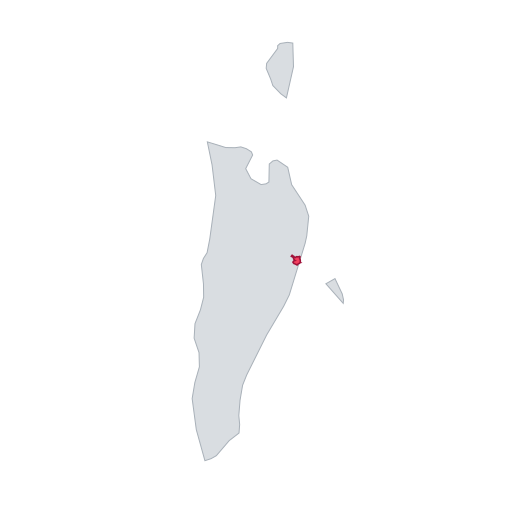 Dom Aleixo, Dili, East Timor (highlighted), rotated 120°
{"feature_id": "22284137B34351426942246", "entity_name": "Dom Aleixo", "entity_type": "district", "adm_level": 2, "iso_a3": "TLS", "parent_name": "East Timor", "parent_adm1": "Dili", "projection": "natural_earth1", "projection_center": [125.529, -8.576], "detail": "fine", "context": "in_parent", "style": "filled", "palette": "rose", "viewbox_px": 512, "rotation_deg": 120, "n_neighbors": 0, "source": "geoboundaries", "source_scale": "gbopen_adm2", "svg_char_len": 3081}
<svg xmlns="http://www.w3.org/2000/svg" viewBox="0 0 512 512"><g transform="rotate(120 256 256)"><path d="M181.5,355.2L177.2,336.4L172.7,328.3L169.1,323.7L167.9,318.0L168.1,312.1L170.2,309.4L185.5,308.6L191.6,299.0L191.6,287.3L188.5,283.4L185.5,281.8L169.7,290.5L165.2,288.9L162.4,285.7L163.3,272.9L176.4,260.8L187.4,238.9L195.2,230.2L213.2,222.1L220.5,219.8L273.1,207.7L285.7,206.9L319.0,207.3L363.6,204.6L374.6,203.0L388.9,197.7L402.8,191.1L410.1,185.9L417.8,182.2L429.3,186.9L448.7,190.5L454.0,193.6L458.8,197.9L436.2,220.9L411.4,240.0L396.1,245.7L380.3,249.6L368.2,257.0L358.1,268.5L345.1,275.0L330.4,277.2L317.9,280.7L306.5,287.5L290.7,299.1L284.4,300.3L277.6,300.0L264.5,304.5L223.8,321.1L199.2,339.5L181.5,355.2ZM53.2,330.6L73.3,318.2L103.9,308.7L103.1,315.7L100.0,326.6L95.4,331.8L88.4,341.0L83.8,343.1L65.4,341.0L63.0,342.4L59.9,341.4L55.2,335.5L53.2,330.6ZM253.4,156.8L245.1,181.6L236.1,176.3L245.7,162.4L250.3,158.2L253.4,156.8Z" fill="#d9dde1" stroke="#a8b0b8" stroke-width="1"/><path d="M238.7,225.3L238.7,225.2L238.6,224.8L238.6,224.3L238.6,224.1L238.6,223.9L238.6,223.7L238.6,223.4L238.6,223.2L238.8,222.9L238.9,222.7L239.0,222.6L239.3,222.4L239.4,222.2L239.5,221.9L239.6,222.0L239.8,221.9L239.9,221.6L239.9,221.4L240.0,221.2L240.1,220.9L240.2,220.7L240.3,220.5L240.3,220.4L240.4,220.1L240.4,219.9L240.5,220.0L240.7,220.3L240.7,220.5L240.8,220.6L241.0,220.7L241.4,220.8L241.7,220.9L242.0,220.8L242.3,220.9L242.5,220.9L242.6,221.0L242.8,221.0L243.0,220.9L243.1,220.7L243.2,220.4L243.2,220.2L243.3,219.9L243.4,219.7L243.5,219.7L243.6,219.4L243.5,219.2L243.4,219.1L243.4,218.8L243.4,218.7L243.4,218.4L243.4,218.2L243.4,217.9L243.3,217.4L243.2,217.1L243.2,216.8L243.2,216.7L243.3,216.7L243.3,216.4L243.3,216.0L243.3,215.9L243.2,215.8L242.9,215.8L242.6,215.8L242.5,215.7L242.4,215.7L242.2,215.7L241.9,215.5L241.7,215.5L241.6,215.4L241.4,215.3L241.3,215.2L241.2,215.2L240.9,215.0L240.9,214.9L240.7,214.8L240.6,214.7L240.4,214.7L240.2,214.6L239.9,214.5L239.8,214.4L239.6,214.3L239.5,214.2L239.5,214.3L239.4,214.3L239.3,214.5L239.2,214.6L239.0,214.8L238.9,214.8L238.7,214.8L238.4,214.9L238.3,215.0L238.1,215.1L237.9,215.3L237.7,215.4L237.6,215.5L237.4,215.6L237.2,215.8L237.1,216.0L236.9,216.1L236.9,216.3L236.7,216.4L236.7,216.5L236.5,216.8L236.4,216.8L236.3,217.0L236.2,217.0L235.9,217.2L235.7,217.2L235.4,217.2L235.2,217.1L235.1,216.9L235.1,217.0L234.9,217.1L234.8,217.3L234.7,217.4L234.7,217.5L234.5,217.9L234.5,218.0L234.8,218.2L234.9,218.4L235.0,218.5L235.3,218.6L235.4,218.8L235.5,218.9L235.5,219.0L235.6,219.3L235.8,219.5L236.0,219.6L236.2,219.8L236.2,220.0L236.1,220.3L236.2,220.5L236.3,220.6L236.5,220.7L236.7,220.8L236.8,220.8L237.0,220.9L237.3,221.0L237.5,221.0L237.6,221.3L237.6,221.5L237.7,221.9L237.8,222.1L237.8,222.3L237.7,222.4L237.6,222.6L237.6,222.8L237.4,223.0L237.4,223.3L237.4,223.6L237.5,223.6L237.5,223.8L237.5,224.1L237.5,224.3L237.5,224.5L237.4,224.6L237.3,224.8L237.2,224.9L237.2,225.0L237.3,225.2L237.5,225.2L237.8,225.2L238.0,225.2L238.3,225.2L238.4,225.3L238.5,225.3L238.7,225.3Z" fill="#f43f5e" stroke="#9f1239" stroke-width="1.5"/></g></svg>